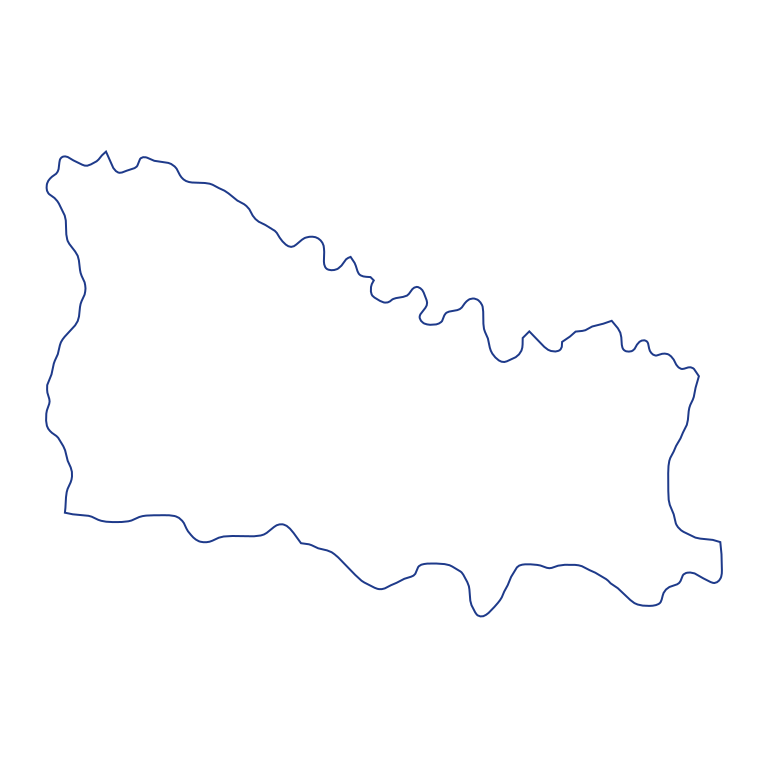 the district of Mao, Valverde, Dominican Republic
{"feature_id": "3306468B69236034460520", "entity_name": "Mao", "entity_type": "district", "adm_level": 2, "iso_a3": "DOM", "parent_name": "Dominican Republic", "parent_adm1": "Valverde", "projection": "orthographic", "projection_center": [-71.031, 19.524], "detail": "fine", "context": "isolated", "style": "outline", "palette": "blue", "viewbox_px": 768, "rotation_deg": 0, "n_neighbors": 0, "source": "geoboundaries", "source_scale": "gbopen_adm2", "svg_char_len": 6033}
<svg xmlns="http://www.w3.org/2000/svg" viewBox="0 0 768 768"><path d="M47.2,385.1L47.1,389.7L47.4,392.7L49.3,399.0L49.6,401.5L49.2,403.9L46.9,410.4L46.3,413.7L46.1,420.7L46.9,425.8L48.2,428.7L50.0,431.0L52.0,432.9L56.4,436.0L58.2,437.8L63.3,446.2L65.1,450.3L67.7,460.8L70.7,467.4L71.9,471.8L72.0,476.5L71.5,479.6L70.6,482.4L67.6,488.9L66.7,492.1L66.0,497.3L65.4,508.0L64.9,512.7L72.8,514.3L88.5,515.8L91.7,516.7L98.2,519.8L101.2,520.8L106.1,521.7L113.0,522.1L121.6,522.0L128.3,521.3L131.5,520.5L139.3,517.0L142.6,516.1L146.1,515.6L153.2,515.3L164.0,515.2L169.3,515.3L174.5,516.0L176.1,516.5L179.0,517.9L182.2,520.8L183.9,523.1L186.4,528.5L188.0,531.3L191.1,535.1L193.3,537.5L195.9,539.6L198.8,541.2L200.3,541.7L203.4,542.2L206.5,542.2L209.6,541.7L212.4,540.7L218.8,537.7L223.7,536.5L232.4,536.0L253.8,536.3L260.7,535.5L263.9,534.5L266.7,532.9L274.0,527.0L276.6,525.3L279.5,524.4L282.5,524.3L284.0,524.7L286.7,525.9L290.0,528.7L293.6,533.0L301.0,543.2L309.0,544.3L311.6,545.2L318.2,548.3L327.1,550.4L331.6,552.2L334.3,554.1L338.2,557.4L355.2,574.9L361.5,580.7L364.3,582.5L374.7,587.8L377.4,588.8L378.9,589.1L381.9,589.1L384.8,588.4L391.0,585.2L396.6,582.8L404.3,578.8L411.1,576.7L413.5,575.6L415.3,573.8L418.1,567.2L418.9,566.2L421.3,564.7L424.2,564.0L427.4,563.6L435.9,563.5L444.6,564.1L449.5,565.2L452.2,566.5L460.5,571.5L461.6,572.4L463.3,574.7L467.3,582.1L468.9,586.3L469.4,589.4L470.3,600.7L471.5,605.2L475.2,612.4L476.7,614.5L477.7,615.4L480.4,616.4L483.3,616.2L486.1,614.8L488.6,612.9L494.5,606.8L497.9,602.9L500.0,600.2L501.8,597.3L504.2,591.6L507.7,585.2L511.1,576.9L516.9,567.4L519.2,565.6L522.1,564.7L525.3,564.3L530.3,564.3L537.1,564.9L540.4,565.5L546.8,567.8L549.3,568.2L551.7,567.9L558.1,565.7L564.8,564.8L575.2,564.9L578.6,565.3L581.9,566.2L589.7,570.2L595.3,572.7L606.1,579.1L608.1,580.7L610.7,583.4L617.8,588.2L630.3,600.0L634.4,603.1L637.6,604.5L642.7,605.6L649.5,605.9L652.8,605.7L655.9,605.1L658.6,604.0L659.8,603.1L660.7,602.0L661.7,599.5L662.7,595.6L663.6,592.9L666.0,589.5L669.4,587.0L677.2,584.3L679.2,582.9L680.6,580.9L682.8,575.4L683.6,574.4L686.0,573.0L687.4,572.7L690.2,572.5L694.6,573.4L703.4,578.4L710.7,582.1L713.1,582.9L714.4,583.0L717.0,582.2L719.1,580.5L720.6,578.2L721.2,576.7L721.8,573.5L721.9,570.2L721.5,554.3L720.3,542.1L712.8,539.9L700.1,538.6L695.4,537.6L683.6,531.9L681.1,530.3L678.0,527.2L676.4,524.7L675.8,523.3L673.7,514.3L669.8,504.9L668.7,499.9L668.3,491.1L668.2,473.1L668.5,466.0L669.3,460.9L670.3,457.9L673.7,451.5L676.1,445.9L680.5,438.4L682.9,432.7L686.8,424.9L687.9,419.9L688.7,411.2L689.3,407.9L690.3,404.9L692.8,399.7L693.8,396.9L695.6,387.6L698.9,376.2L694.0,369.0L693.0,368.2L690.7,367.3L688.3,367.4L684.1,368.7L682.0,369.0L680.8,368.7L678.7,367.5L677.8,366.6L676.2,364.6L673.7,359.6L671.1,356.4L668.9,354.7L667.6,354.1L664.8,353.6L662.1,353.8L656.6,355.5L655.4,355.5L653.2,354.7L651.3,353.0L649.9,350.9L649.1,348.4L648.1,343.5L647.6,342.4L646.8,341.4L645.6,340.7L644.3,340.3L641.7,340.6L639.5,341.8L637.0,344.6L634.6,348.9L632.7,350.6L631.5,351.2L628.9,351.6L626.2,351.3L624.9,350.7L623.8,349.9L622.9,348.7L622.4,347.5L621.8,344.8L621.3,337.3L620.3,332.7L617.9,328.3L611.7,320.8L603.3,323.7L592.2,326.5L585.4,330.2L582.4,330.9L575.6,331.6L569.9,336.6L562.1,341.9L561.8,346.9L560.6,349.3L559.5,350.3L558.2,350.9L555.4,351.5L551.0,351.0L548.1,349.8L544.3,346.9L529.3,331.4L522.7,338.0L522.6,344.4L522.3,347.6L521.4,350.7L519.0,354.4L515.7,357.2L506.9,361.3L504.3,362.0L501.5,361.7L498.8,360.4L495.3,357.4L492.3,353.6L490.8,350.7L489.8,347.6L487.9,338.5L485.0,331.9L484.0,328.9L483.4,323.8L483.2,311.6L482.6,306.6L482.0,305.0L480.5,302.5L478.5,300.4L477.3,299.6L474.4,298.6L472.9,298.5L469.9,299.1L468.7,299.7L466.5,301.4L464.7,303.4L461.8,307.5L459.8,309.1L457.3,310.1L449.1,311.6L446.7,312.6L445.7,313.4L444.3,315.4L442.1,321.0L441.2,322.0L438.9,323.5L436.2,324.4L430.1,324.8L427.1,324.4L424.2,323.5L423.0,322.7L421.0,320.8L419.8,318.3L419.6,317.0L419.9,315.5L420.4,314.3L425.4,307.8L426.7,305.4L427.1,302.7L426.6,300.2L423.7,292.6L422.3,290.1L420.4,288.3L418.1,287.1L416.7,286.9L414.3,287.6L412.4,289.1L408.9,293.9L407.0,295.6L403.1,296.9L396.0,298.1L393.5,298.9L392.4,299.4L389.9,301.4L387.7,302.4L385.1,302.6L383.7,302.4L380.0,300.9L374.4,297.5L372.3,295.6L371.6,294.3L370.9,291.5L371.0,287.0L371.8,284.1L373.8,280.4L370.5,277.1L366.1,276.8L363.3,276.4L360.7,275.4L359.6,274.6L358.7,273.6L357.5,271.2L355.8,265.8L354.6,262.9L350.6,256.9L348.2,257.9L346.1,259.3L341.5,265.6L338.3,268.4L337.1,269.1L334.2,270.0L331.3,270.2L328.5,269.7L327.1,269.1L326.0,268.2L325.1,266.9L324.2,264.3L323.9,261.4L324.2,252.0L324.0,248.8L323.6,245.7L322.4,242.8L320.6,240.4L318.3,238.5L315.5,237.2L312.4,236.7L309.3,236.8L306.2,237.5L304.7,238.0L302.0,239.7L296.2,244.6L293.9,246.2L291.1,246.9L288.3,246.2L285.8,244.6L282.5,241.4L279.7,237.7L276.8,232.9L274.9,230.9L265.4,225.0L258.7,221.7L255.4,219.0L252.7,215.6L249.3,209.2L246.4,206.0L244.1,204.2L237.4,200.6L228.5,193.4L224.5,190.7L218.9,188.1L212.5,184.7L209.6,183.7L204.9,183.0L192.0,182.5L188.9,182.0L186.0,181.0L183.5,179.4L181.5,177.4L179.9,175.1L176.6,168.7L174.7,166.5L171.2,164.0L168.3,162.9L154.3,160.8L146.9,157.6L145.7,157.3L143.1,157.2L140.8,158.2L140.0,159.1L137.4,165.6L136.7,166.6L134.6,168.1L126.7,170.7L122.0,172.5L119.5,172.8L118.2,172.5L115.9,171.1L113.3,168.0L106.0,151.6L101.9,155.4L98.6,159.5L96.6,161.3L90.9,164.4L87.3,165.7L84.7,165.6L82.2,164.7L73.4,160.4L67.7,157.0L65.2,156.4L63.8,156.5L62.6,156.8L61.4,157.6L60.5,158.6L59.9,159.8L59.4,162.3L58.6,169.1L57.7,171.6L56.2,173.7L52.0,176.7L50.0,178.6L48.3,180.8L47.1,183.5L46.8,184.9L46.6,187.9L47.0,190.7L48.3,193.2L49.2,194.2L54.5,198.0L57.3,201.1L58.9,203.6L64.7,215.5L65.8,220.5L66.3,234.4L67.2,239.4L67.7,241.0L69.3,243.9L75.2,251.6L77.7,255.8L78.9,260.4L80.0,269.9L80.6,272.9L81.6,275.8L84.6,282.3L85.2,285.3L85.5,288.5L85.2,291.6L84.6,294.6L81.6,301.1L80.6,303.9L80.0,307.0L79.0,316.5L77.7,321.1L75.1,325.4L64.7,336.7L62.6,339.4L60.9,342.3L59.9,345.2L57.8,354.2L54.8,360.8L53.8,363.6L51.5,374.4L47.2,385.1Z" fill="none" stroke="#1e3a8a" stroke-width="2"/></svg>